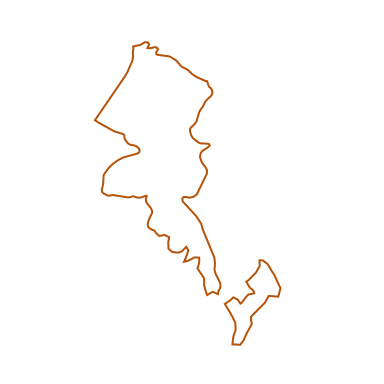 SVG path tracing the border of Mafeteng, rotated 56°
{"feature_id": "LSO-3453", "entity_name": "Mafeteng", "entity_type": "District", "adm_level": 1, "iso_a3": "LSO", "parent_name": "Lesotho", "parent_adm1": "", "projection": "natural_earth1", "projection_center": [27.626, -29.78], "detail": "fine", "context": "isolated", "style": "outline", "palette": "amber", "viewbox_px": 384, "rotation_deg": 56, "n_neighbors": 0, "source": "natural_earth", "source_scale": "10m", "svg_char_len": 2750}
<svg xmlns="http://www.w3.org/2000/svg" viewBox="0 0 384 384"><g transform="rotate(56 192 192)"><path d="M58.1,144.5L59.1,143.7L66.7,135.2L68.0,134.3L74.6,131.4L81.5,130.7L83.9,129.7L88.1,127.3L94.7,125.8L99.7,123.6L107.4,118.8L108.4,117.6L109.0,117.7L114.0,119.0L116.6,118.4L117.8,118.3L119.4,118.7L120.8,119.4L122.1,120.6L123.1,123.0L123.8,127.9L124.5,130.3L127.5,135.8L128.4,138.6L130.0,141.6L136.0,148.8L137.2,152.0L137.7,154.6L137.8,156.6L138.8,158.5L140.5,159.7L144.0,160.8L145.9,161.1L148.1,161.1L154.3,159.1L155.7,158.3L156.7,157.4L160.7,152.0L162.1,151.0L163.3,151.3L163.9,153.7L163.7,160.2L164.7,163.2L167.4,165.8L172.9,167.3L180.4,167.0L182.8,167.6L185.2,169.6L196.7,189.4L196.8,193.5L195.6,196.8L193.3,199.2L191.5,201.6L191.9,203.6L194.5,205.0L214.2,202.0L223.4,202.1L228.5,203.9L258.7,210.1L264.0,212.8L269.1,216.9L272.8,218.1L283.5,219.6L286.4,221.3L288.1,223.6L288.9,225.5L291.2,227.6L286.3,230.6L285.9,237.1L282.5,236.2L276.4,234.3L270.3,230.2L264.5,230.2L258.4,230.2L254.6,225.5L250.4,222.7L247.7,226.4L246.9,233.4L245.4,237.6L242.7,233.4L238.5,227.8L234.3,227.4L235.5,233.4L234.7,237.1L230.9,241.8L225.9,243.2L220.5,239.9L216.7,236.2L212.1,239.0L210.2,243.7L206.8,244.6L202.8,244.8L200.5,246.5L197.9,247.7L195.7,247.7L193.3,246.1L191.7,244.4L190.3,242.4L187.0,236.7L184.9,235.5L181.9,235.1L176.9,235.6L173.9,235.3L171.7,234.0L170.6,232.5L169.9,231.8L169.4,232.0L168.3,236.5L167.8,237.9L167.1,239.1L166.2,240.2L164.9,241.4L163.7,242.3L162.7,243.1L162.3,244.0L162.0,245.5L161.3,247.0L160.7,248.1L150.9,258.5L150.3,259.3L149.8,260.2L148.8,262.5L148.2,263.5L147.1,264.4L145.5,265.0L143.3,266.3L142.0,266.4L140.3,266.0L135.3,260.9L129.2,256.3L128.4,255.4L128.1,254.7L126.3,250.3L125.5,247.5L124.8,244.3L124.3,240.3L124.3,235.4L124.9,230.1L125.6,227.6L129.6,215.7L129.7,213.9L128.6,212.3L126.5,211.7L123.0,212.4L120.7,214.2L119.4,215.7L117.8,217.1L115.8,217.9L111.0,218.2L109.1,217.6L107.7,216.7L106.6,216.4L104.9,217.1L98.3,222.5L82.1,230.7L78.2,232.3L58.8,183.3L56.8,179.0L49.9,168.1L46.7,165.1L43.7,163.3L40.3,160.4L38.4,159.4L41.3,152.3L41.4,147.7L43.1,145.0L45.6,145.0L47.8,148.4L49.4,146.3L51.2,141.7L52.5,140.5L54.8,140.4L55.5,141.9L56.1,143.6L58.1,144.5ZM294.1,169.6L301.3,170.1L306.7,170.1L316.2,171.7L321.2,172.4L327.0,179.0L321.0,186.6L324.5,193.4L328.0,210.9L328.4,212.9L331.5,214.8L334.9,216.2L336.8,219.9L339.1,224.6L343.7,232.0L345.6,237.6L343.3,240.4L341.0,243.7L337.6,240.9L334.1,237.6L330.7,232.9L324.6,229.2L318.1,228.3L312.7,227.8L303.2,227.4L303.2,220.8L302.4,216.7L306.6,214.3L311.6,214.3L311.6,212.5L309.7,207.3L308.5,202.7L310.8,197.1L308.2,196.2L303.2,197.6L296.7,197.1L296.7,194.3L295.6,189.2L294.4,183.6L291.0,177.1L286.4,174.3L288.3,171.5L294.1,169.6Z" fill="none" stroke="#b45309" stroke-width="2"/></g></svg>